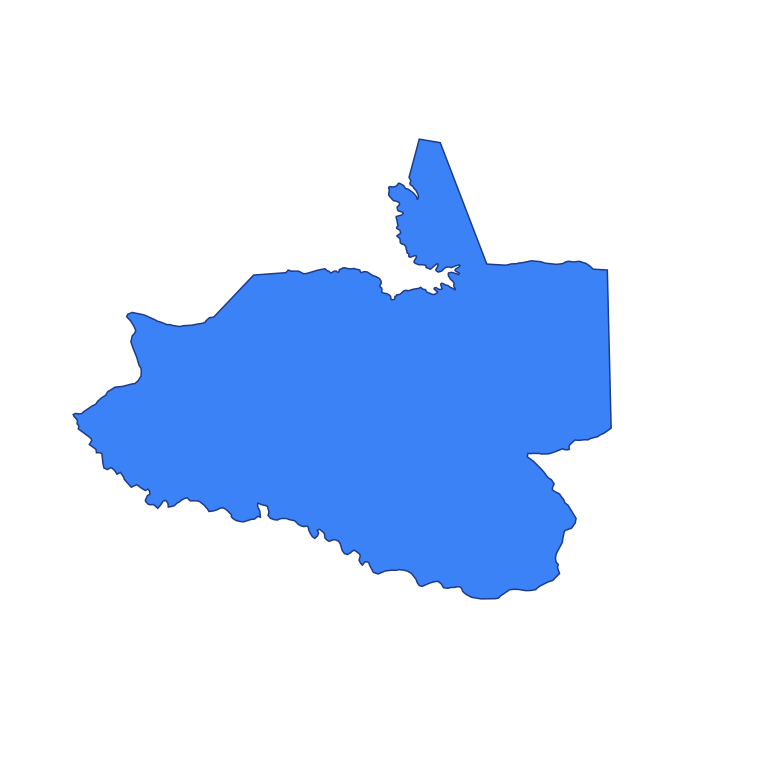 outline of San Miguel Suchixtepec, Oaxaca, Mexico, rotated 124°
{"feature_id": "50627088B50710705536412", "entity_name": "San Miguel Suchixtepec", "entity_type": "district", "adm_level": 2, "iso_a3": "MEX", "parent_name": "Mexico", "parent_adm1": "Oaxaca", "projection": "natural_earth1", "projection_center": [-96.466, 16.079], "detail": "fine", "context": "isolated", "style": "filled", "palette": "blue", "viewbox_px": 768, "rotation_deg": 124, "n_neighbors": 0, "source": "geoboundaries", "source_scale": "gbopen_adm2", "svg_char_len": 6171}
<svg xmlns="http://www.w3.org/2000/svg" viewBox="0 0 768 768"><g transform="rotate(124 384 384)"><path d="M513.5,212.1L510.9,209.6L509.7,207.5L510.1,205.4L512.0,202.6L512.5,198.5L511.9,192.2L507.9,183.4L499.7,171.6L497.5,169.4L494.5,168.9L484.3,164.8L481.3,161.2L479.1,157.6L475.9,150.7L473.3,147.1L469.6,143.2L467.0,142.8L463.9,141.5L456.5,137.4L452.6,134.3L442.9,132.5L439.2,137.5L436.1,138.7L435.5,141.6L432.7,144.4L428.2,146.3L415.5,147.6L411.8,149.5L405.8,151.9L404.0,151.9L398.7,147.9L392.4,147.7L388.0,149.6L381.6,163.6L381.4,167.5L379.2,170.6L378.4,173.7L377.0,177.0L377.7,182.9L377.5,185.3L375.6,186.4L371.7,187.1L369.7,191.8L369.9,194.9L369.3,197.7L367.7,201.7L366.7,205.7L364.5,216.7L364.2,224.5L360.9,225.9L360.0,223.8L358.4,222.0L354.6,216.2L354.1,214.4L350.4,209.2L348.8,207.5L344.3,204.1L337.9,199.8L337.3,197.3L336.0,195.2L334.6,193.8L332.1,195.8L330.4,195.9L323.7,194.4L321.6,190.7L318.0,186.5L316.6,184.0L313.4,182.1L308.2,177.4L305.1,176.2L301.8,174.1L293.6,171.0L164.6,262.6L171.8,274.7L171.1,279.4L171.0,283.6L173.1,290.8L176.7,294.8L179.0,299.6L180.9,301.4L184.5,303.4L188.4,308.0L193.8,318.2L194.9,322.4L199.5,330.8L205.8,336.8L208.2,339.8L210.0,341.2L213.1,345.4L217.3,349.3L227.1,365.8L152.5,472.3L161.3,491.7L198.7,478.8L200.3,475.5L203.1,474.8L204.1,473.7L204.1,470.6L204.4,469.4L205.1,468.5L205.5,466.0L207.9,461.7L209.8,459.9L211.8,459.4L212.2,460.0L210.5,461.9L209.1,467.1L208.9,472.5L209.9,475.4L208.5,478.7L208.9,483.3L209.2,483.9L210.1,484.3L212.2,484.3L214.0,485.0L215.4,486.4L217.2,489.6L217.7,490.0L218.8,489.8L219.4,489.4L219.7,488.3L223.6,486.5L224.7,485.7L225.2,484.7L226.6,479.3L226.6,478.1L225.5,476.0L225.1,473.0L225.8,471.9L226.7,471.5L230.0,472.0L232.0,470.1L232.5,469.1L231.3,464.9L231.4,463.8L233.1,463.5L234.2,464.1L238.3,467.5L239.2,467.0L241.0,464.8L243.8,462.2L244.3,461.1L247.2,461.0L247.8,460.6L247.7,456.8L249.1,455.0L249.9,454.6L253.9,456.2L254.2,455.8L254.5,453.0L255.0,451.6L257.4,449.8L257.9,449.1L257.9,447.1L257.1,445.4L258.0,442.8L258.5,441.9L260.1,440.8L260.5,439.6L262.0,438.7L262.4,437.8L262.3,436.0L264.4,434.8L264.4,433.7L264.1,433.0L260.3,430.2L259.9,428.7L260.8,428.0L265.8,427.6L266.4,426.6L266.5,425.7L265.6,421.6L264.1,419.7L262.3,416.0L262.7,415.0L263.6,414.6L263.9,413.7L263.3,412.5L263.1,410.1L262.4,409.5L255.4,407.7L254.4,406.8L254.6,406.1L256.7,405.2L260.2,405.0L260.7,404.5L261.0,403.3L260.8,401.5L258.3,399.4L253.9,398.5L252.2,397.5L250.8,395.8L249.9,393.3L246.4,391.0L243.2,388.3L243.1,387.8L243.2,387.3L244.9,387.1L248.5,388.9L249.8,388.8L250.2,388.4L250.3,386.5L249.9,384.0L250.1,383.4L251.3,383.3L251.8,383.7L251.8,384.6L253.6,390.4L255.5,392.4L256.0,392.6L256.8,392.3L258.3,391.1L260.1,387.0L260.3,384.3L261.6,381.8L262.8,381.6L264.1,380.5L264.7,379.7L265.1,378.1L266.0,377.8L266.4,378.6L266.5,382.1L266.8,382.9L266.6,385.9L267.6,388.8L267.6,390.5L268.2,392.6L269.3,392.8L270.0,392.5L272.6,389.0L273.4,389.3L274.8,391.4L275.0,394.8L276.0,395.8L277.2,395.7L277.7,393.0L277.6,391.4L278.0,390.9L278.8,390.9L281.7,392.4L282.3,393.0L283.7,398.7L283.8,400.1L282.8,401.9L282.8,402.8L283.6,404.8L283.3,407.6L285.4,408.8L289.0,412.7L292.4,415.3L293.3,416.5L294.0,418.2L296.0,419.8L300.7,420.8L303.0,423.4L304.2,423.1L305.3,423.9L307.4,422.7L308.4,423.0L309.9,424.9L310.0,425.5L308.0,427.1L307.3,428.5L307.4,431.9L309.1,435.8L309.1,436.9L308.5,437.6L306.2,439.0L305.7,439.8L305.3,442.4L302.3,442.6L300.3,444.0L299.1,446.8L299.4,450.2L300.4,454.3L300.5,460.6L302.0,463.4L304.5,465.2L304.4,466.0L303.1,467.7L303.2,468.6L304.7,472.0L304.9,473.4L306.8,475.5L308.5,478.3L309.4,481.2L311.0,483.3L311.9,483.4L313.7,484.8L314.6,484.9L315.4,484.1L316.7,484.2L317.3,485.2L317.1,486.9L318.2,488.3L321.8,490.2L321.3,492.6L321.9,494.6L321.4,497.4L326.8,502.7L335.0,509.4L337.5,512.1L338.2,517.9L342.3,524.1L343.1,527.1L346.5,527.5L366.6,553.0L423.8,562.6L426.6,565.8L430.9,566.9L432.6,566.8L435.0,568.2L438.9,572.5L442.5,575.9L447.5,582.5L450.6,585.5L453.5,591.6L454.4,594.6L456.0,596.8L457.6,603.9L458.7,607.2L458.8,609.7L460.9,621.6L465.5,632.8L469.6,635.5L472.1,635.0L473.5,629.0L476.1,623.5L478.5,619.7L481.5,619.1L484.8,619.7L490.5,617.5L494.7,612.0L500.2,603.8L505.5,597.5L506.8,594.3L509.1,592.4L513.2,589.9L518.4,589.6L522.9,590.7L524.8,592.9L532.3,599.5L537.0,605.2L544.9,608.7L549.1,608.5L553.8,610.6L558.5,611.7L562.2,611.7L565.0,613.5L575.2,617.6L577.6,618.0L579.4,620.2L580.9,623.3L583.1,624.6L584.3,622.7L585.0,619.4L586.1,617.4L588.6,616.2L589.4,613.6L592.2,612.3L592.7,599.5L593.2,595.8L594.4,594.7L599.0,594.5L599.2,586.3L601.8,583.9L600.1,581.6L599.4,579.0L606.6,573.0L610.2,569.3L609.7,565.6L605.8,563.4L606.3,559.1L608.1,554.9L604.7,553.1L606.8,547.8L608.3,545.9L610.9,535.8L605.6,532.6L606.0,527.8L605.8,522.3L603.2,520.9L603.8,518.6L606.3,516.4L608.6,517.7L613.7,516.9L614.7,515.9L615.5,512.7L615.1,510.7L612.8,507.6L613.6,502.1L609.3,501.5L604.5,501.6L602.5,499.7L603.8,496.3L606.7,494.0L602.9,490.3L601.3,489.6L598.3,488.9L595.7,487.6L592.7,486.7L589.6,484.7L588.4,483.4L589.3,479.4L585.6,474.0L584.6,471.4L585.0,464.5L585.6,463.4L586.2,460.7L587.6,457.9L584.7,454.5L581.5,452.0L578.3,450.2L576.5,447.8L576.4,444.1L577.7,437.2L579.4,436.5L580.0,433.9L579.9,430.4L578.7,427.0L577.0,423.5L570.6,418.5L568.4,415.8L564.3,414.6L563.5,412.0L558.7,416.0L556.0,420.6L553.3,421.9L552.1,416.8L551.1,414.6L550.7,412.2L554.3,407.9L557.8,406.6L558.8,403.0L557.9,399.2L556.4,396.3L553.9,394.9L551.8,392.4L549.9,389.2L549.4,386.7L547.3,381.6L548.3,376.4L547.9,373.0L547.1,370.8L545.0,368.6L544.9,366.9L547.1,364.8L548.8,362.1L550.6,358.2L550.7,355.0L547.0,354.2L544.1,354.9L542.7,357.5L540.5,356.1L540.9,351.2L541.6,349.5L544.6,347.0L545.3,344.2L545.1,341.5L541.4,338.8L540.3,337.1L539.8,333.8L540.8,331.1L545.5,325.4L546.7,322.0L545.8,318.9L542.8,317.4L540.3,316.8L538.3,315.6L538.6,309.1L539.9,307.5L544.0,306.2L545.5,303.5L546.4,300.7L541.9,300.3L540.7,298.0L540.7,296.6L542.4,294.4L546.1,287.5L544.8,282.7L538.3,278.4L534.2,273.7L531.7,269.8L529.4,267.6L527.1,263.1L526.0,259.8L525.7,255.4L527.9,248.5L530.3,245.0L531.4,242.0L530.4,239.2L523.5,234.8L519.9,231.8L517.4,229.0L517.7,224.7L519.6,220.8L517.7,216.9L514.7,214.1L513.5,212.1Z" fill="#3b82f6" stroke="#1e3a8a" stroke-width="1.5"/></g></svg>